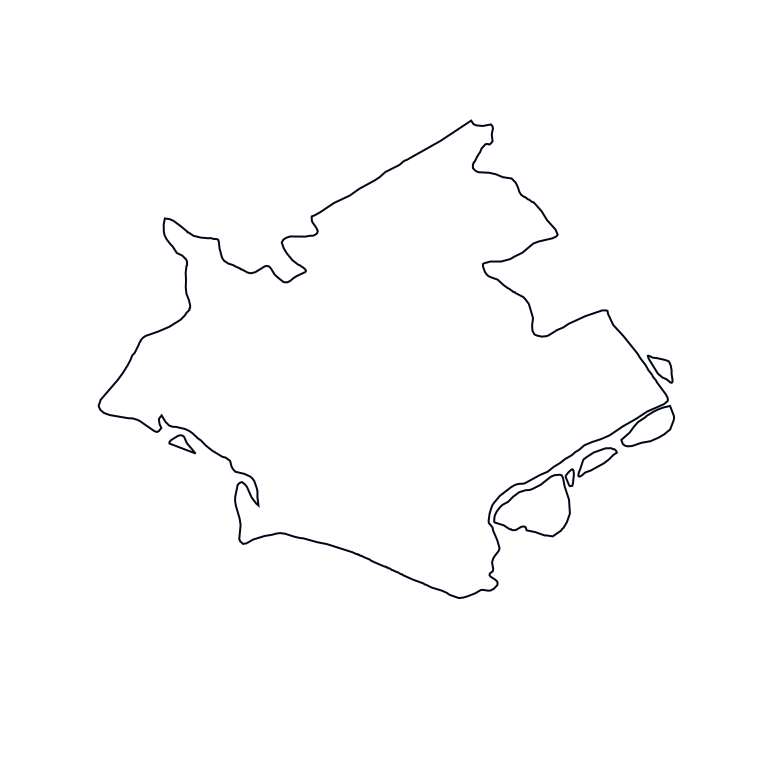 Inhassunge, Zambezia, Mozambique (Albers equal-area conic projection), rotated 70°
{"feature_id": "85939544B84899286441367", "entity_name": "Inhassunge", "entity_type": "district", "adm_level": 2, "iso_a3": "MOZ", "parent_name": "Mozambique", "parent_adm1": "Zambezia", "projection": "albers", "projection_center": [36.814, -18.065], "detail": "fine", "context": "isolated", "style": "outline", "palette": "ink", "viewbox_px": 768, "rotation_deg": 70, "n_neighbors": 0, "source": "geoboundaries", "source_scale": "gbopen_adm2", "svg_char_len": 6171}
<svg xmlns="http://www.w3.org/2000/svg" viewBox="0 0 768 768"><g transform="rotate(70 384 384)"><path d="M249.5,545.1L251.5,547.8L254.0,553.0L256.8,566.1L257.5,577.9L257.3,591.5L258.1,594.7L259.9,597.9L260.7,598.2L261.8,600.0L262.6,600.4L269.4,607.5L271.1,610.8L275.1,614.4L278.9,618.7L284.3,625.6L289.0,632.6L301.9,655.6L306.7,659.4L307.8,659.7L311.2,659.4L315.4,657.1L319.4,652.3L328.6,636.2L330.4,631.9L333.1,628.3L334.9,626.4L349.9,615.8L351.5,613.6L351.2,611.6L349.2,608.3L344.9,608.6L340.6,607.7L339.8,607.4L337.4,603.7L344.8,602.3L349.7,600.0L352.1,596.9L353.0,594.4L358.2,586.4L361.4,583.2L364.4,581.0L371.7,577.3L374.3,575.4L381.0,572.4L387.9,568.2L397.2,560.7L398.9,558.1L402.9,555.3L404.0,554.9L409.3,555.5L412.1,555.1L415.6,553.7L420.8,545.8L425.2,541.4L427.6,540.0L430.9,539.1L438.3,539.2L441.5,539.6L446.9,541.6L455.2,543.5L452.6,545.0L445.2,547.2L433.8,548.0L431.5,548.7L428.0,550.6L427.5,551.5L427.6,553.5L428.6,555.9L438.9,562.3L442.9,563.9L447.5,564.8L461.2,565.7L467.5,567.0L480.1,573.0L482.4,573.0L486.0,571.2L486.7,567.8L485.4,560.2L486.0,548.2L487.4,540.7L487.7,536.5L488.6,532.5L490.9,528.1L496.6,520.8L499.9,515.8L501.5,512.5L509.8,500.9L515.0,492.3L531.4,471.1L534.5,468.0L534.8,467.0L535.7,466.6L536.1,465.5L537.1,465.2L538.4,463.2L539.3,462.7L544.2,457.3L545.2,456.9L548.2,454.0L555.7,446.0L556.1,445.0L557.0,444.6L557.4,443.6L558.5,443.1L559.1,441.9L561.7,440.0L562.1,439.1L563.1,438.5L566.1,435.0L568.5,433.2L569.0,432.1L570.1,431.6L578.1,423.3L585.1,414.9L586.2,414.5L586.8,413.4L591.6,408.8L598.2,400.0L602.3,395.9L603.4,395.5L605.1,393.8L610.8,386.8L611.8,382.5L612.1,378.1L611.9,369.9L610.7,363.4L611.4,361.2L613.9,356.7L614.5,354.4L614.0,350.9L611.7,346.2L609.4,345.2L608.1,345.3L605.9,346.4L601.4,349.8L600.1,350.2L599.0,349.9L598.2,349.2L597.2,345.9L596.2,345.2L595.1,344.6L588.6,343.5L585.6,341.3L583.7,339.1L580.2,333.5L578.1,331.7L576.9,331.5L569.5,331.0L559.2,331.6L555.8,331.1L550.6,333.0L548.6,332.6L541.7,329.0L535.4,324.1L533.6,321.8L528.7,313.3L524.5,300.1L523.7,295.9L523.8,292.1L525.4,286.8L525.4,285.0L522.9,268.9L522.4,260.1L520.0,253.2L518.4,245.3L516.5,239.6L515.2,232.2L513.4,227.4L512.6,223.2L510.1,216.7L509.7,208.5L510.0,198.8L509.4,189.5L505.5,174.0L502.9,158.7L499.9,146.2L498.7,127.9L497.1,123.4L496.1,122.7L494.1,122.2L490.2,122.7L476.0,126.9L473.6,127.2L469.6,128.7L466.7,129.0L461.5,130.8L455.3,131.8L447.6,134.3L441.8,135.5L420.9,142.6L407.0,148.4L395.0,149.5L391.7,149.0L390.7,150.4L389.5,153.6L389.1,171.5L390.6,189.9L392.2,196.4L392.5,202.8L394.6,212.7L394.6,215.0L393.5,219.4L390.8,223.7L389.0,225.6L384.8,226.3L379.8,224.9L373.0,221.4L358.4,220.5L353.2,222.0L349.8,223.5L343.3,229.5L342.3,229.8L341.9,230.8L337.5,233.7L335.9,235.2L331.8,237.9L324.8,241.5L320.9,246.3L318.4,248.9L316.3,250.0L313.3,250.8L307.4,250.8L305.1,250.0L304.8,249.0L305.3,242.1L309.0,232.0L309.8,222.6L308.9,217.9L308.0,209.2L303.1,195.8L303.0,189.9L304.7,175.9L304.3,171.6L303.1,169.7L297.6,170.0L285.6,174.8L275.5,176.8L266.5,180.4L264.3,181.4L263.7,182.5L260.4,184.6L259.9,185.4L256.7,187.4L256.3,188.2L253.1,190.4L249.9,191.1L244.8,190.9L239.9,191.4L234.5,193.8L230.3,201.6L225.2,207.1L221.5,212.9L217.2,223.0L214.8,225.2L211.6,226.6L207.9,225.3L207.5,224.5L206.3,223.7L206.0,222.6L201.9,218.4L201.4,217.3L200.6,216.8L199.1,214.5L196.1,211.8L193.4,206.7L193.9,204.4L195.0,203.2L194.5,201.2L193.1,199.0L186.2,197.3L181.1,194.2L178.9,193.9L176.7,194.7L175.3,203.0L172.4,209.1L170.2,211.1L166.3,212.0L174.9,247.9L181.2,286.0L181.2,288.7L183.4,294.5L185.3,310.3L188.1,317.3L189.4,322.6L192.1,340.4L195.2,351.6L196.8,369.1L200.9,385.8L201.8,391.8L201.8,394.6L204.9,395.7L207.3,396.0L213.5,394.3L217.6,393.9L219.5,395.3L220.2,397.5L220.4,399.9L219.3,403.3L218.7,407.2L213.2,421.9L213.2,426.0L213.9,429.1L216.0,431.7L222.1,431.8L227.8,430.7L236.4,427.7L243.0,423.5L243.4,422.7L247.9,419.5L250.0,418.6L251.1,418.7L251.9,419.7L252.7,428.9L253.6,433.1L255.0,436.6L255.4,440.1L254.0,443.4L248.7,446.7L243.9,449.3L236.2,450.9L234.2,451.8L232.9,453.9L232.7,456.0L234.9,466.6L234.5,471.1L232.7,474.0L227.7,478.4L227.0,479.6L225.9,479.9L223.6,482.6L220.6,485.2L217.6,489.1L213.4,492.2L209.9,493.0L200.5,492.2L193.9,490.6L191.7,490.5L190.7,491.5L189.2,494.8L187.6,497.0L186.9,499.4L183.7,506.2L179.6,512.3L174.6,516.0L174.3,516.8L173.4,516.8L166.1,521.1L158.7,526.0L155.8,529.0L153.5,533.3L158.8,536.5L165.9,538.9L169.1,539.3L173.7,538.8L180.7,536.5L181.9,535.7L190.0,533.9L194.4,529.6L199.1,527.4L201.5,527.2L205.2,528.5L205.6,529.3L211.6,532.3L218.9,534.6L225.5,537.3L231.7,538.8L238.3,538.6L244.0,539.3L246.2,540.2L246.9,541.3L247.9,541.6L249.5,545.1ZM542.3,249.3L534.0,248.0L530.8,248.2L529.4,249.7L528.0,255.1L528.2,258.9L532.3,271.3L533.4,280.4L533.4,283.7L532.3,286.8L531.9,293.9L534.1,301.2L537.2,307.7L538.1,314.1L539.6,317.4L542.3,321.6L545.2,324.6L547.4,326.0L551.2,327.6L552.2,327.1L557.7,319.9L563.7,315.3L564.0,314.2L565.2,313.5L566.3,310.2L565.1,303.3L566.1,300.6L567.1,299.9L570.3,300.0L574.9,292.5L581.4,284.7L581.6,283.6L584.9,277.6L582.3,267.6L581.3,266.5L580.6,264.5L576.3,259.3L569.3,253.6L556.0,249.7L542.3,249.3ZM513.0,122.5L502.5,122.7L501.7,128.9L501.6,134.3L502.1,139.7L503.8,148.0L504.5,149.3L506.7,158.4L509.4,163.4L513.7,169.8L517.7,180.1L522.1,180.1L524.3,178.7L525.9,176.4L527.1,172.2L527.3,162.3L528.9,153.0L528.3,144.3L527.2,138.1L524.6,130.6L517.6,124.6L515.4,123.1L513.0,122.5ZM537.8,232.3L537.8,229.9L536.0,225.2L536.0,219.1L533.7,204.4L531.8,198.4L529.1,192.7L528.1,188.6L526.0,188.8L524.0,189.9L523.7,190.9L522.0,192.5L520.2,197.9L520.1,210.3L522.0,218.6L523.0,221.9L523.8,223.0L531.6,229.1L533.5,231.0L536.7,232.8L537.8,232.3ZM450.5,126.7L467.9,123.1L473.0,120.2L476.3,116.8L480.7,114.2L481.2,113.3L481.0,112.5L479.0,111.5L472.9,110.3L469.7,109.1L465.3,108.3L461.9,108.3L459.9,108.8L457.3,112.0L452.9,118.9L451.3,122.3L447.9,125.7L447.8,126.4L450.5,126.7ZM384.9,584.8L372.1,589.5L365.5,589.9L364.4,590.3L363.2,591.5L362.4,593.2L362.3,595.5L363.9,603.2L365.0,605.3L366.5,606.0L367.3,605.1L384.9,584.8ZM542.4,244.7L543.6,244.2L544.1,241.9L542.2,240.5L533.5,236.3L530.3,235.6L529.2,235.7L528.4,236.6L530.0,240.8L532.1,244.2L533.4,245.1L542.4,244.7Z" fill="none" stroke="#020617" stroke-width="2"/></g></svg>